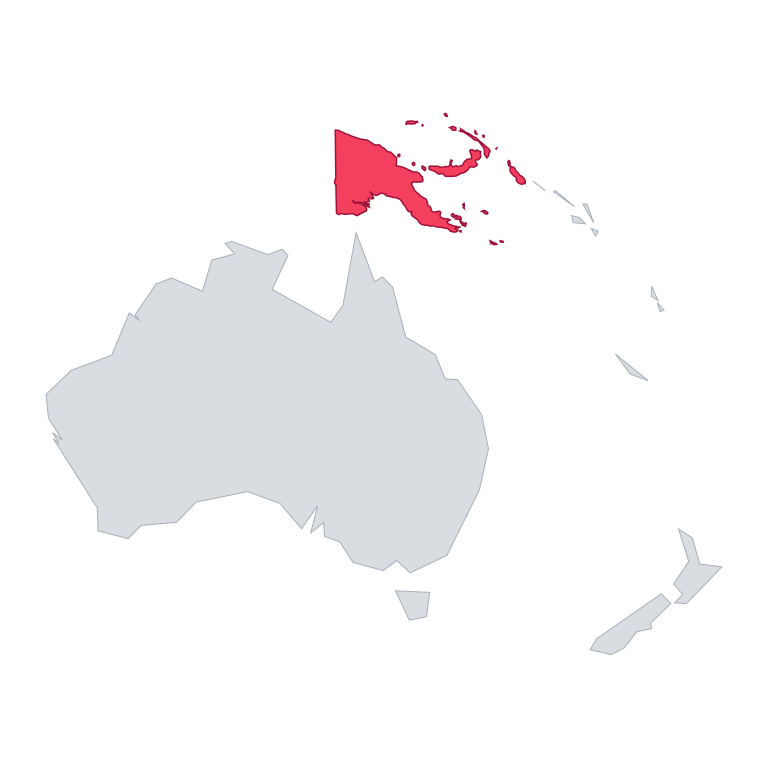 Papua New Guinea highlighted on a map of Oceania
{"feature_id": "PNG", "entity_name": "Papua New Guinea", "entity_type": "country or territory", "adm_level": 0, "iso_a3": "PNG", "parent_name": "Oceania", "parent_adm1": "", "projection": "orthographic", "projection_center": [148.76, -6.492], "detail": "fine", "context": "in_parent", "style": "filled", "palette": "rose", "viewbox_px": 768, "rotation_deg": 0, "n_neighbors": 5, "source": "natural_earth", "source_scale": "50m", "svg_char_len": 7821}
<svg xmlns="http://www.w3.org/2000/svg" viewBox="0 0 768 768"><path d="M657.3,302.6L664.0,310.1L660.0,311.6L657.3,302.6ZM658.1,300.7L651.2,296.1L651.8,286.4L658.1,300.7Z" fill="#d9dde1" stroke="#a8b0b8" stroke-width="1"/><path d="M615.4,354.0L648.0,380.6L630.1,374.0L615.4,354.0Z" fill="#d9dde1" stroke="#a8b0b8" stroke-width="1"/><path d="M598.3,231.6L595.4,236.2L591.1,228.3L598.3,231.6ZM587.0,204.1L593.8,223.0L582.8,204.0L587.0,204.1ZM585.5,223.9L573.1,222.6L571.6,215.6L579.7,217.7L585.5,223.9ZM555.5,190.7L574.5,206.6L553.6,191.9L555.5,190.7ZM540.3,186.6L545.2,190.8L532.9,181.1L540.3,186.6Z" fill="#d9dde1" stroke="#a8b0b8" stroke-width="1"/><path d="M721.9,566.9L686.3,603.7L674.6,602.9L682.7,594.6L673.7,583.9L688.8,561.4L678.5,528.9L692.4,538.0L699.7,564.0L721.9,566.9ZM596.5,638.9L661.2,593.8L670.9,603.4L650.4,623.5L651.8,628.5L636.7,631.8L624.0,648.0L611.0,654.6L590.2,649.7L596.5,638.9Z" fill="#d9dde1" stroke="#a8b0b8" stroke-width="1"/><path d="M395.5,590.8L429.8,592.4L426.5,616.7L409.3,620.2L395.5,590.8ZM196.2,502.1L176.5,522.3L141.2,525.4L128.1,538.6L98.1,530.9L97.3,507.9L53.3,438.6L58.9,443.4L52.7,432.6L62.3,440.1L48.4,417.8L46.1,394.4L70.9,370.5L111.7,355.1L129.3,312.9L139.7,320.7L135.0,315.0L156.2,283.9L171.6,278.0L202.5,291.3L211.8,260.0L234.8,253.9L225.2,243.5L231.5,241.4L267.8,254.6L282.1,249.2L288.0,255.4L272.2,289.4L330.7,322.3L342.9,305.4L356.1,232.7L374.6,281.8L382.4,277.0L392.6,287.2L405.7,337.0L435.4,354.8L445.2,378.9L457.6,379.7L481.7,414.8L488.5,448.9L479.3,490.3L446.9,555.3L410.1,572.9L396.8,560.6L383.2,570.6L352.9,562.4L340.0,542.0L324.5,536.4L323.7,522.6L310.8,532.8L317.6,505.8L301.6,528.8L280.1,503.5L247.3,491.6L196.2,502.1Z" fill="#d9dde1" stroke="#a8b0b8" stroke-width="1"/><path d="M336.5,213.2L335.9,185.0L334.5,182.9L334.6,181.2L335.8,177.8L335.3,130.1L338.0,130.3L344.3,133.0L346.2,134.1L348.1,134.4L351.0,135.9L359.8,138.9L367.5,140.2L374.6,144.9L376.9,145.0L378.5,144.8L379.8,145.1L380.4,145.5L380.7,146.2L381.7,147.2L383.1,147.7L384.5,148.6L387.6,151.7L390.8,152.2L396.3,157.7L396.5,158.6L396.6,162.2L396.0,165.1L397.4,166.0L401.9,166.9L404.4,167.8L412.4,171.6L413.5,172.0L416.8,172.0L419.2,173.4L421.3,176.0L422.2,176.7L422.9,179.7L422.8,181.1L422.3,181.6L421.0,181.9L416.6,182.1L413.5,181.9L411.5,183.3L411.5,184.5L413.4,187.6L414.5,190.3L415.4,191.4L417.9,193.3L421.3,196.6L423.9,197.9L426.4,199.5L427.4,202.5L427.9,205.3L430.5,207.1L431.4,210.2L432.1,211.6L433.4,212.1L434.8,212.1L438.6,211.2L439.9,211.4L440.5,211.9L440.7,213.3L440.1,214.7L440.0,216.2L440.7,217.3L443.4,218.5L448.3,219.0L450.1,219.8L449.8,220.4L447.0,221.3L447.0,222.1L448.4,223.9L454.5,226.2L456.7,226.4L458.3,227.1L460.6,226.8L458.0,228.1L455.6,227.7L455.1,228.1L456.1,229.2L458.1,230.4L457.7,230.9L456.0,231.9L454.0,232.1L450.2,231.1L449.3,229.9L446.9,228.2L444.2,228.0L441.8,227.4L436.6,227.0L433.0,225.7L430.2,226.2L428.2,225.4L426.7,225.1L425.5,225.4L421.9,224.6L419.2,222.6L418.5,221.1L417.3,219.6L412.4,216.0L411.2,214.2L411.7,211.8L411.1,212.2L410.4,212.1L408.3,211.3L407.5,210.4L405.3,206.5L403.2,204.1L401.8,201.4L399.9,199.3L396.0,197.7L392.7,197.4L390.4,196.6L386.5,195.8L385.3,195.0L385.1,193.7L383.9,193.8L380.6,192.9L379.8,193.3L379.6,194.3L378.6,194.2L377.0,195.4L376.0,195.4L372.9,194.3L370.6,192.1L369.8,191.6L370.9,192.8L373.5,197.8L372.2,197.8L372.8,198.7L372.1,198.9L368.5,198.3L368.1,198.5L369.4,201.1L362.9,202.6L360.5,202.6L358.0,202.1L355.7,202.8L354.7,202.7L353.4,200.8L351.7,201.2L353.2,201.2L354.0,202.7L355.1,203.4L356.3,203.0L359.1,203.0L363.1,204.7L365.6,207.0L366.5,208.3L366.6,210.2L366.4,210.8L360.1,214.0L357.4,215.6L356.0,215.3L354.3,214.3L352.2,213.7L344.6,214.3L341.8,213.6L340.4,213.8L339.5,214.4L338.5,214.5L336.5,213.2ZM473.3,150.0L475.2,151.3L477.1,149.9L478.1,150.9L480.8,151.6L480.2,153.5L480.7,155.3L480.7,156.6L480.1,157.8L478.9,159.4L477.7,159.9L475.8,160.0L475.4,160.9L475.5,161.9L477.4,164.6L476.5,165.9L473.8,167.2L471.7,166.9L469.4,167.0L468.2,169.5L465.7,171.7L463.4,172.9L461.8,173.0L460.4,173.6L459.1,174.6L457.6,175.1L456.1,176.0L452.5,176.4L445.7,176.4L445.0,176.0L443.6,174.2L442.3,173.6L438.7,174.1L433.9,170.9L429.8,169.6L429.0,168.4L429.1,166.8L430.2,165.9L431.9,166.4L433.2,166.1L434.7,166.4L437.4,166.1L440.5,167.2L442.0,167.3L443.5,167.2L445.5,166.5L448.0,166.6L449.7,165.6L450.3,161.7L450.7,160.3L451.3,160.0L452.3,160.8L451.2,162.3L451.1,163.8L451.5,165.4L452.5,166.6L453.9,166.7L455.3,165.9L456.7,165.8L458.1,166.6L459.5,166.4L460.1,165.9L461.6,165.6L462.3,165.3L464.6,161.4L467.0,159.4L468.5,159.1L470.2,159.2L471.4,158.5L471.4,155.3L469.8,151.0L470.5,149.8L473.3,150.0ZM525.5,182.1L524.9,183.5L524.6,183.0L523.5,183.4L522.5,184.3L520.0,183.8L517.7,182.4L516.1,179.9L516.4,178.4L516.0,177.1L513.6,175.8L512.7,174.5L511.9,173.9L510.5,172.2L509.9,169.8L510.3,167.3L510.2,166.0L511.9,167.0L513.5,167.2L514.8,168.3L516.0,171.0L518.2,172.9L519.4,175.1L521.5,176.1L523.8,178.1L525.1,180.5L525.5,182.1ZM488.6,155.8L486.9,157.9L485.0,155.4L484.3,153.6L484.5,150.9L484.1,149.0L483.3,147.2L479.2,141.9L478.1,140.9L475.3,140.2L474.1,139.6L470.3,136.4L468.9,135.7L468.1,134.9L463.8,132.2L462.5,131.6L461.0,131.6L459.7,131.0L460.7,130.7L461.0,129.8L460.7,128.9L465.2,131.7L465.8,132.8L467.0,132.8L469.0,133.7L471.7,135.4L473.2,136.7L476.1,137.7L478.0,139.7L488.6,148.7L489.9,150.6L490.0,151.8L488.9,153.4L488.6,155.8ZM412.8,121.1L417.0,121.9L417.3,121.9L417.3,121.5L417.6,121.7L417.5,122.4L416.2,122.4L414.5,123.9L413.7,123.7L411.0,124.0L408.7,123.5L408.1,124.0L407.2,123.8L406.1,124.3L405.9,123.3L406.9,122.9L406.7,121.9L407.5,121.3L408.8,121.3L410.1,121.0L412.8,121.1ZM456.7,215.4L458.4,216.5L459.4,216.2L459.9,216.4L461.1,217.6L461.2,219.5L460.6,220.0L460.7,219.5L460.2,219.4L455.5,219.0L456.4,217.8L455.5,216.6L455.5,215.6L456.7,215.4ZM455.8,130.1L453.2,130.2L452.3,130.0L450.8,128.1L449.7,127.6L451.5,126.8L453.1,126.5L455.7,127.6L456.0,128.5L455.8,130.1ZM463.6,224.0L464.1,224.1L465.0,223.1L465.8,222.8L466.3,223.3L465.4,226.3L462.0,225.0L462.0,223.8L461.2,223.4L459.9,220.9L459.8,220.1L460.8,221.3L463.2,223.0L463.1,223.6L463.6,224.0ZM483.2,210.6L485.5,210.7L485.9,211.5L487.2,212.1L487.8,212.6L487.3,213.3L487.4,213.9L486.1,214.0L484.3,213.3L484.1,212.8L483.3,211.9L481.7,211.3L483.2,210.6ZM494.1,242.8L496.2,243.5L496.9,244.2L494.3,244.8L493.9,244.3L492.1,243.9L491.9,243.0L491.0,243.3L491.4,242.7L490.4,242.1L490.0,240.8L494.1,242.8ZM425.0,170.4L424.5,170.5L424.3,169.9L423.1,169.4L421.9,167.9L422.1,166.2L422.8,166.1L425.4,167.7L425.7,168.2L425.5,169.6L425.0,170.4ZM454.6,216.1L454.2,217.6L453.4,217.4L451.4,215.6L451.7,214.3L452.6,213.6L454.0,214.4L454.6,216.1ZM509.8,165.2L508.9,165.9L508.3,164.3L507.8,161.7L509.0,160.5L509.6,161.0L509.7,162.1L510.2,163.1L509.8,165.2ZM414.2,165.4L413.5,165.5L412.1,163.8L412.2,163.2L413.6,162.3L414.6,163.1L414.8,164.8L414.2,165.4ZM446.7,114.3L447.2,116.4L446.0,116.2L444.4,114.9L444.4,114.0L444.9,113.4L445.5,113.5L446.7,114.3ZM399.5,156.5L398.6,156.8L398.0,156.6L397.8,155.7L398.0,154.9L399.2,154.1L399.7,154.5L399.9,155.4L399.5,156.5ZM464.0,207.6L464.2,208.5L463.2,207.6L463.7,205.5L462.7,204.9L463.3,204.0L464.2,203.6L464.1,204.9L464.4,205.5L464.0,207.6ZM369.1,206.6L369.4,207.2L367.5,206.4L364.9,204.8L364.3,204.0L367.3,205.2L369.1,206.6ZM369.1,204.7L368.5,204.7L366.3,203.9L365.7,203.3L369.0,203.5L369.1,204.7ZM503.4,241.5L503.2,242.1L502.8,241.9L501.4,242.2L500.7,242.2L500.2,241.2L501.4,241.5L501.2,240.8L503.4,241.5ZM484.2,136.2L483.9,137.3L483.1,136.7L482.6,135.7L483.0,135.3L483.8,135.1L484.2,136.2ZM477.0,133.8L476.8,134.4L476.4,134.4L475.1,132.8L475.4,132.5L477.0,133.8ZM461.2,231.0L461.0,232.0L459.8,231.5L460.0,230.8L461.2,231.0ZM475.8,132.0L474.9,132.3L475.0,130.7L475.7,131.1L475.8,132.0ZM423.1,125.2L422.7,125.9L421.3,125.6L422.0,125.5L422.6,124.7L423.1,125.2ZM496.8,147.9L496.6,149.0L495.9,148.6L496.8,147.9Z" fill="#f43f5e" stroke="#9f1239" stroke-width="1.5"/></svg>